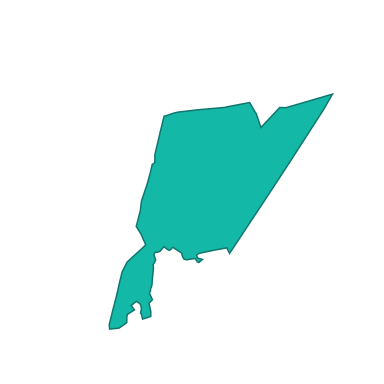 Tijigja, Tagant, Mauritania (Equal Earth projection), rotated 34°
{"feature_id": "47542326B404198781259", "entity_name": "Tijigja", "entity_type": "district", "adm_level": 2, "iso_a3": "MRT", "parent_name": "Mauritania", "parent_adm1": "Tagant", "projection": "equal_earth", "projection_center": [-11.566, 18.518], "detail": "fine", "context": "isolated", "style": "filled", "palette": "teal", "viewbox_px": 384, "rotation_deg": 34, "n_neighbors": 0, "source": "geoboundaries", "source_scale": "gbopen_adm2", "svg_char_len": 1542}
<svg xmlns="http://www.w3.org/2000/svg" viewBox="0 0 384 384"><g transform="rotate(34 192 192)"><path d="M126.5,144.8L131.9,159.5L140.5,182.2L141.9,184.1L144.8,188.5L143.6,191.4L146.2,198.1L150.4,210.5L153.9,223.2L155.2,227.9L155.8,229.0L159.6,236.4L165.0,251.7L173.4,255.5L182.9,261.5L183.0,263.1L179.7,276.7L177.4,286.4L177.7,288.8L178.7,297.1L182.5,307.5L184.3,312.0L186.8,318.5L190.3,328.2L192.7,335.0L195.0,341.3L197.6,348.4L200.4,351.7L206.3,346.8L207.7,345.5L210.2,338.9L210.9,336.7L209.4,334.4L208.2,332.5L207.8,331.8L207.4,331.1L206.9,329.6L210.2,321.9L205.0,320.1L207.1,313.7L209.9,313.7L211.5,313.9L213.0,314.6L215.3,317.0L217.1,321.2L218.7,321.8L222.1,325.0L224.3,322.3L227.4,318.1L226.3,316.6L225.1,314.6L222.7,312.2L220.6,310.3L218.6,308.2L219.4,303.4L215.0,300.7L213.2,299.6L212.7,296.7L211.8,295.6L211.2,292.4L210.0,290.1L206.3,283.6L203.7,278.6L202.2,276.1L200.5,274.1L200.2,270.8L199.9,268.6L198.0,267.2L195.4,265.1L195.1,262.7L197.2,261.1L198.6,259.1L199.4,253.0L204.0,253.4L205.9,253.0L206.6,251.4L206.9,248.6L217.9,248.4L218.5,249.4L221.2,251.4L223.1,252.1L225.4,251.2L231.2,245.9L232.5,245.5L235.6,247.0L237.1,246.6L238.4,242.0L234.1,243.5L232.6,243.1L231.3,242.0L231.5,240.4L232.6,238.5L243.7,227.0L251.5,219.5L252.1,218.9L252.9,219.3L257.5,221.9L256.8,145.3L256.3,110.6L255.0,50.2L253.7,32.3L222.9,69.4L217.5,72.9L213.1,100.0L201.5,91.2L198.8,90.0L189.8,85.6L179.2,96.1L174.9,100.3L171.8,103.6L151.1,120.4L135.7,133.6L133.0,136.5L128.5,142.4L126.5,144.8Z" fill="#14b8a6" stroke="#0f766e" stroke-width="1.5"/></g></svg>